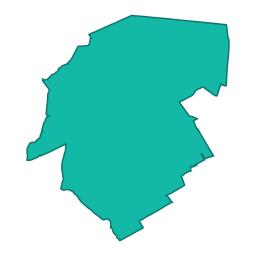 Bahna, Neamt, Romania (orthographic projection)
{"feature_id": "2599482B15679101167619", "entity_name": "Bahna", "entity_type": "district", "adm_level": 2, "iso_a3": "ROU", "parent_name": "Romania", "parent_adm1": "Neamt", "projection": "orthographic", "projection_center": [26.776, 46.763], "detail": "fine", "context": "isolated", "style": "filled", "palette": "teal", "viewbox_px": 256, "rotation_deg": 0, "n_neighbors": 0, "source": "geoboundaries", "source_scale": "gbopen_adm2", "svg_char_len": 5571}
<svg xmlns="http://www.w3.org/2000/svg" viewBox="0 0 256 256"><path d="M142.9,228.1L143.0,227.7L143.0,227.1L141.2,224.5L141.0,223.7L140.5,223.1L139.7,222.4L139.2,221.2L143.9,218.4L146.4,216.9L147.2,216.4L151.3,214.2L155.8,211.6L156.9,211.1L163.3,207.2L164.4,206.3L164.8,206.0L165.7,205.7L169.2,203.7L171.5,202.5L171.9,202.4L172.3,202.3L170.3,200.2L170.1,199.8L170.1,199.4L169.7,198.8L168.4,197.3L167.9,196.6L167.0,196.2L166.7,195.8L166.1,195.4L169.1,194.3L172.4,192.5L173.4,191.9L174.6,191.0L178.6,188.9L179.3,188.3L179.8,188.0L180.4,187.7L184.6,185.3L181.4,176.0L186.1,172.9L188.4,171.6L189.1,171.4L190.2,171.3L190.8,171.2L190.7,167.9L190.6,167.6L190.7,166.4L191.6,166.7L192.1,167.0L192.5,166.9L192.8,166.5L193.1,165.9L193.3,165.8L193.6,166.5L194.1,166.6L194.5,165.9L194.7,166.1L195.0,165.9L195.0,165.5L195.3,165.2L196.0,165.4L196.1,164.5L196.3,164.7L196.8,164.9L196.8,164.4L197.0,163.9L197.5,163.7L197.7,163.2L198.6,163.0L203.6,160.2L204.4,160.0L204.6,159.8L203.7,158.4L201.2,154.2L202.0,153.7L204.9,158.6L213.5,155.9L210.8,151.4L207.7,146.1L205.3,142.1L203.2,138.5L201.6,135.8L200.0,133.2L198.9,131.0L197.8,129.0L197.1,129.4L193.4,120.9L197.2,118.8L192.2,116.6L190.3,116.3L189.3,115.9L188.8,115.6L188.6,115.3L188.4,114.8L188.1,114.4L180.7,104.1L179.3,102.1L191.9,95.6L193.0,94.7L193.7,93.7L195.8,90.7L196.2,90.1L196.5,89.8L197.5,89.5L203.0,86.9L206.0,89.2L206.8,89.7L208.7,91.2L210.2,92.0L210.8,92.4L211.8,93.7L213.0,94.2L214.1,95.0L215.4,95.7L216.3,95.9L217.0,95.8L220.1,86.4L221.0,84.0L221.7,84.5L222.3,84.8L222.9,85.2L224.6,85.7L225.2,85.8L226.3,85.5L226.2,83.9L226.2,83.1L226.4,83.1L226.7,76.0L227.0,72.1L227.1,69.9L227.3,66.4L227.9,60.0L228.4,56.5L228.5,53.2L229.0,48.5L228.8,48.0L229.0,44.0L229.0,41.8L228.8,39.5L227.8,36.8L227.3,32.3L226.9,28.5L226.3,24.6L225.2,24.6L223.8,24.5L217.0,23.7L175.9,19.7L163.8,18.4L151.1,17.3L144.7,16.6L139.5,16.2L137.4,16.0L136.8,16.0L133.9,15.8L133.5,15.7L132.4,15.4L132.2,15.4L132.0,15.5L131.8,15.5L131.5,15.5L118.3,21.4L117.1,22.1L116.1,22.5L114.2,23.4L110.8,24.7L109.0,25.6L108.2,26.1L107.5,26.3L106.9,26.5L106.4,26.6L103.8,27.9L97.9,30.5L96.4,31.3L92.4,32.9L89.0,34.5L90.9,37.7L90.9,37.8L91.0,37.9L90.8,37.9L90.7,38.1L90.5,38.4L90.4,38.8L90.4,39.2L90.2,39.9L90.0,41.0L89.7,42.0L89.6,42.9L89.2,44.1L88.9,44.6L88.4,45.3L88.2,45.6L81.0,46.2L79.0,46.3L78.2,46.2L76.7,48.9L75.6,51.1L71.9,58.3L71.7,58.4L70.9,59.9L69.1,61.7L67.5,63.2L67.9,63.6L68.1,64.1L67.8,64.0L67.4,64.0L66.8,64.2L65.6,64.5L63.8,65.4L62.6,65.5L62.3,65.6L61.8,66.4L61.1,67.1L60.5,67.5L60.4,67.7L60.1,67.9L59.9,67.8L59.3,68.1L58.9,68.5L58.6,68.8L58.2,69.8L58.0,70.6L57.8,70.9L57.1,71.7L56.8,72.0L56.4,72.2L55.9,72.2L55.8,72.4L54.8,73.5L54.5,74.0L54.4,74.1L52.4,74.4L52.0,74.5L51.8,74.7L51.3,75.5L50.0,76.8L48.9,77.8L48.6,78.3L47.1,79.5L46.8,79.6L46.3,79.5L45.8,79.6L44.7,80.0L44.4,80.0L43.7,79.9L43.1,79.3L42.6,79.0L42.7,80.8L43.5,82.1L45.1,83.9L46.0,85.3L46.8,86.2L47.4,87.1L48.1,87.9L48.6,88.6L48.9,89.4L49.1,89.9L49.1,91.0L49.0,91.8L48.9,92.1L48.7,92.3L48.4,92.7L48.3,92.9L47.9,94.1L47.7,94.7L47.7,95.3L47.8,96.3L47.7,96.8L47.6,97.0L47.5,101.5L47.2,103.6L47.0,106.6L46.1,114.1L47.1,114.3L47.1,115.3L48.0,115.6L48.3,115.9L49.1,116.1L48.8,116.3L47.4,116.3L47.2,116.5L46.8,117.0L46.4,117.8L45.4,119.6L45.3,120.6L45.0,121.4L44.8,122.0L44.3,122.5L43.6,123.0L43.5,124.2L42.6,127.6L42.2,128.7L41.9,130.3L41.8,131.3L41.7,131.8L42.6,131.9L42.6,132.0L41.4,132.4L41.4,133.2L41.3,133.5L41.1,133.7L40.9,133.8L40.7,134.3L40.8,134.9L40.2,135.6L40.2,135.8L40.4,136.2L40.3,137.0L40.2,137.2L39.9,137.3L39.8,137.7L39.2,138.0L39.3,138.5L39.2,138.6L38.6,138.8L38.3,139.0L37.5,139.4L37.0,140.1L36.8,140.7L36.7,140.9L36.3,140.9L36.1,141.2L35.6,141.6L35.4,142.0L34.9,142.3L34.4,142.4L34.0,142.6L33.8,142.6L33.4,142.3L33.1,142.2L31.5,142.5L30.8,143.0L29.7,143.4L29.6,143.6L29.6,143.9L29.2,144.5L29.0,145.1L28.8,145.5L28.1,146.3L27.1,148.8L27.1,149.2L27.0,152.0L27.2,154.4L27.5,155.5L27.6,157.0L27.5,157.4L27.2,157.9L27.0,158.7L27.1,159.3L27.1,160.4L28.0,160.3L29.9,160.3L31.4,159.8L34.2,158.7L34.3,158.3L34.7,158.2L34.9,158.4L37.4,157.3L38.4,156.7L38.9,156.3L39.7,155.4L40.5,154.9L41.0,155.8L44.9,154.0L47.8,152.8L50.8,151.4L65.8,143.9L65.6,148.8L65.4,150.4L64.9,152.4L64.1,154.9L63.4,157.7L63.1,159.1L62.4,161.1L62.3,162.3L62.0,163.8L62.2,164.4L62.0,164.7L61.9,165.1L61.8,165.9L61.9,166.4L61.8,166.9L62.1,167.5L61.8,168.5L61.8,169.2L62.0,169.9L62.0,170.5L62.4,171.2L62.3,172.0L62.4,173.4L62.5,173.7L62.9,174.6L63.0,174.9L62.9,175.4L63.0,176.6L63.0,177.1L63.4,178.6L63.3,179.1L63.3,180.0L62.4,181.7L62.2,182.2L62.0,183.6L61.9,184.3L61.9,184.6L61.9,185.3L61.6,185.8L61.5,186.5L61.3,187.1L61.2,187.3L60.9,187.7L60.9,187.8L60.9,188.1L60.9,188.4L61.0,188.6L61.0,188.8L61.2,189.3L63.9,190.2L64.8,189.9L65.5,189.7L68.7,189.6L69.7,190.1L70.5,190.5L72.1,191.2L72.9,191.4L73.3,191.6L73.4,192.5L73.7,193.0L74.9,194.0L76.6,195.5L78.0,197.0L78.4,198.1L78.8,198.7L80.0,200.1L80.7,201.2L84.6,204.9L88.2,208.0L88.8,208.4L89.1,208.1L91.7,210.5L92.8,211.4L94.7,213.5L97.3,215.3L100.4,217.9L102.1,219.2L103.1,219.8L104.6,219.6L106.5,219.1L108.1,219.1L108.8,219.8L109.0,220.2L109.2,220.3L109.5,220.5L110.1,221.1L110.3,221.4L110.7,222.6L110.7,222.9L110.6,223.3L110.7,223.9L110.6,224.2L110.9,224.9L111.0,225.2L111.0,225.8L111.0,226.1L111.1,226.5L110.5,226.8L110.6,227.5L110.7,227.8L110.9,227.9L111.1,227.8L111.4,227.9L112.1,228.7L112.3,229.0L112.9,230.2L113.0,230.7L113.0,231.7L113.1,231.9L113.8,233.0L115.1,234.5L116.2,235.4L116.8,236.5L116.9,237.4L117.1,237.9L118.2,238.7L118.8,239.3L119.5,240.4L119.9,240.6L129.4,235.5L135.0,232.3L142.9,228.1Z" fill="#14b8a6" stroke="#0f766e" stroke-width="1.5"/></svg>